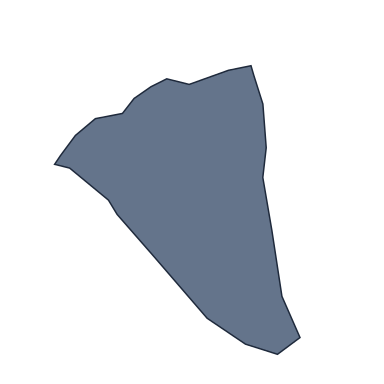 Höganäs, Skåne, Sweden, rotated 194°
{"feature_id": "70781695B23199884308581", "entity_name": "Höganäs", "entity_type": "district", "adm_level": 2, "iso_a3": "SWE", "parent_name": "Sweden", "parent_adm1": "Skåne", "projection": "albers", "projection_center": [12.637, 56.23], "detail": "fine", "context": "isolated", "style": "filled", "palette": "slate", "viewbox_px": 384, "rotation_deg": 194, "n_neighbors": 0, "source": "geoboundaries", "source_scale": "gbopen_adm2", "svg_char_len": 476}
<svg xmlns="http://www.w3.org/2000/svg" viewBox="0 0 384 384"><g transform="rotate(194 192 192)"><path d="M332.0,185.6L316.5,185.6L271.1,163.9L259.2,152.1L213.8,120.5L146.7,73.1L103.3,57.3L69.8,55.2L52.0,76.9L79.5,112.5L105.1,173.8L126.8,223.2L130.7,252.9L144.5,294.5L160.3,320.2L165.3,328.8L186.1,318.9L220.8,295.7L243.9,295.7L257.3,284.2L270.8,268.8L278.5,251.4L303.5,239.8L318.8,218.7L328.4,195.6L332.0,185.6Z" fill="#64748b" stroke="#1e293b" stroke-width="1.5"/></g></svg>